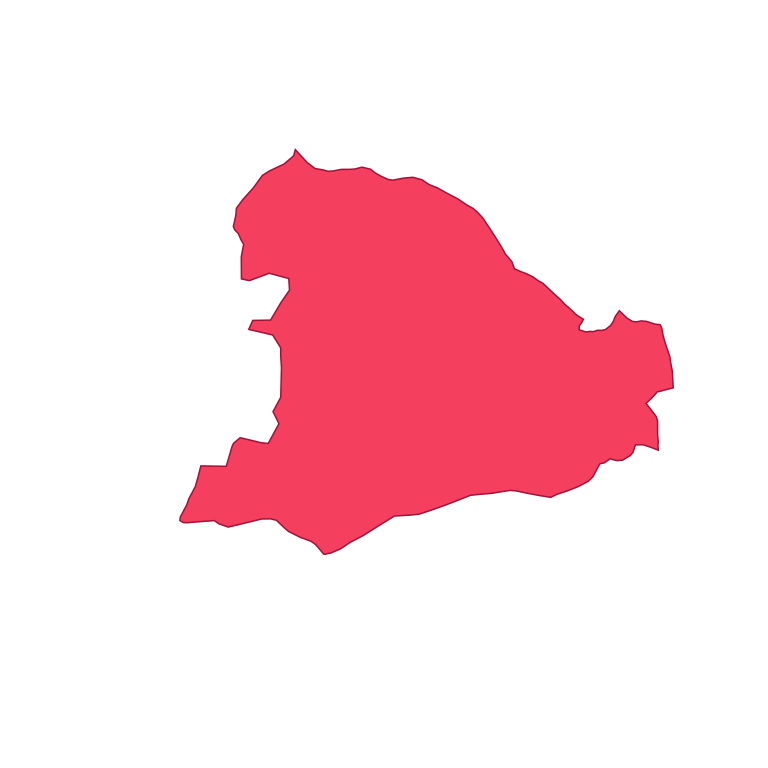 outline of Kalar, As-Sulaymaniyah, Iraq, rotated 47°
{"feature_id": "34846034B60628866791403", "entity_name": "Kalar", "entity_type": "district", "adm_level": 2, "iso_a3": "IRQ", "parent_name": "Iraq", "parent_adm1": "As-Sulaymaniyah", "projection": "robinson", "projection_center": [45.352, 34.84], "detail": "fine", "context": "isolated", "style": "filled", "palette": "rose", "viewbox_px": 768, "rotation_deg": 47, "n_neighbors": 0, "source": "geoboundaries", "source_scale": "gbopen_adm2", "svg_char_len": 2642}
<svg xmlns="http://www.w3.org/2000/svg" viewBox="0 0 768 768"><g transform="rotate(47 384 384)"><path d="M528.9,141.6L527.7,142.6L525.3,144.8L517.2,149.3L513.3,152.8L510.5,157.3L507.6,159.6L501.9,161.3L490.9,161.9L492.3,168.8L494.7,173.9L495.7,178.5L495.2,184.8L493.3,188.2L490.4,191.1L488.5,195.1L486.1,197.4L483.7,200.8L477.5,204.3L474.6,201.4L474.2,198.5L472.7,194.0L466.5,195.7L463.2,196.3L460.3,196.3L448.4,197.4L442.1,197.4L435.9,198.0L428.3,198.5L418.7,199.1L413.5,200.8L407.3,202.0L400.1,204.8L394.3,207.7L388.6,210.0L381.9,207.1L371.9,206.6L364.7,204.8L353.7,202.6L343.7,200.8L329.8,198.5L321.7,198.5L316.4,199.1L309.3,201.4L299.2,203.7L287.8,207.7L284.4,208.8L277.2,211.1L268.6,215.1L260.5,216.9L252.4,222.0L246.6,229.5L240.9,238.6L237.1,241.5L230.4,244.3L223.2,246.6L217.9,247.2L210.3,252.3L206.9,258.7L203.6,262.7L197.8,269.0L193.5,275.9L190.2,279.9L185.4,282.8L179.6,287.4L170.1,289.1L165.8,289.1L158.6,289.1L152.1,289.0L155.4,294.3L155.4,297.8L154.9,307.2L150.0,322.6L148.5,330.8L151.4,345.5L152.9,362.0L154.8,372.1L159.4,377.1L166.1,386.8L169.4,388.0L174.7,388.0L181.3,390.3L186.1,391.4L193.7,401.7L209.9,416.6L216.6,412.0L224.7,392.5L241.9,381.7L250.9,389.1L254.2,404.0L259.9,423.4L248.0,436.6L251.8,445.7L272.3,432.0L287.1,434.9L293.3,440.6L302.3,448.0L323.3,468.6L328.5,484.0L338.1,486.9L341.4,488.0L348.5,509.2L343.3,513.8L325.2,525.8L324.7,534.4L326.1,537.8L336.6,555.5L319.0,573.8L325.6,584.1L330.4,592.1L334.7,604.7L338.0,611.0L338.1,611.3L342.3,623.6L344.7,626.4L348.5,625.3L350.7,623.1L350.9,623.0L351.5,622.2L359.5,612.1L367.4,602.2L368.1,601.3L373.8,600.1L382.0,595.7L382.4,595.5L382.8,594.8L393.4,576.1L399.0,566.0L399.1,565.8L399.7,565.1L405.3,558.9L410.5,555.5L413.4,555.5L422.0,554.9L426.7,554.4L439.1,549.8L449.1,544.7L454.9,543.5L467.5,544.1L468.3,543.2L471.5,537.8L474.9,528.1L476.8,516.6L480.6,502.9L483.5,487.5L487.7,466.3L488.5,465.4L497.0,455.2L497.7,454.3L503.0,447.4L507.7,437.2L509.2,433.8L509.7,432.7L512.0,427.4L515.4,419.4L515.8,418.3L520.6,406.3L524.4,396.6L530.1,389.1L537.3,380.0L543.0,371.4L547.7,364.5L552.0,360.5L562.5,353.1L572.5,345.7L580.6,339.4L582.5,333.1L587.2,322.8L591.5,311.9L594.4,301.1L594.4,294.8L589.6,280.5L592.0,276.5L592.9,269.6L598.6,266.2L602.4,261.6L604.3,252.5L603.8,248.5L600.0,241.6L605.2,235.9L611.4,232.5L619.5,228.5L615.6,225.4L613.4,222.9L607.5,218.3L597.7,209.2L593.5,207.1L588.4,206.6L583.3,206.1L576.9,205.6L576.9,198.5L576.5,192.9L576.1,189.4L577.8,186.8L579.9,182.7L583.5,176.2L584.1,175.1L583.5,174.6L571.4,164.5L563.3,159.4L559.0,156.3L547.6,151.2L542.5,148.7L538.7,146.7L532.3,142.6L528.9,141.6Z" fill="#f43f5e" stroke="#9f1239" stroke-width="1.5"/></g></svg>